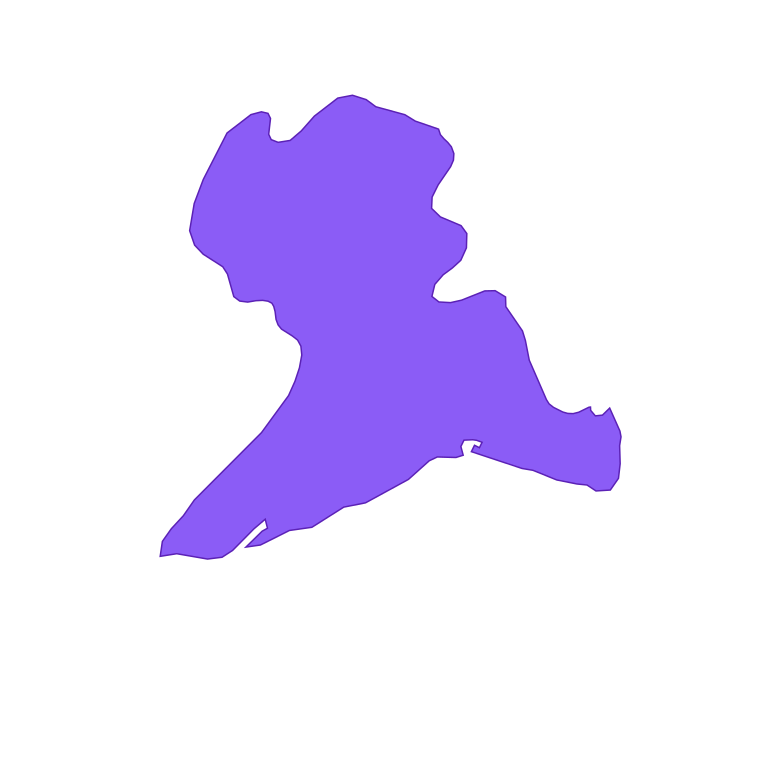 map outline of Nam Định (Natural Earth projection), rotated 26°
{"feature_id": "VNM-468", "entity_name": "Nam Định", "entity_type": "Province", "adm_level": 1, "iso_a3": "VNM", "parent_name": "Vietnam", "parent_adm1": "", "projection": "natural_earth1", "projection_center": [106.247, 20.228], "detail": "fine", "context": "isolated", "style": "filled", "palette": "violet", "viewbox_px": 768, "rotation_deg": 26, "n_neighbors": 0, "source": "natural_earth", "source_scale": "10m", "svg_char_len": 1754}
<svg xmlns="http://www.w3.org/2000/svg" viewBox="0 0 768 768"><g transform="rotate(26 384 384)"><path d="M579.7,314.2L581.3,317.1L587.9,320.0L594.0,316.2L597.4,306.7L616.7,322.9L620.2,327.6L622.8,336.1L631.2,352.1L636.1,366.0L633.9,380.1L621.4,387.2L610.7,385.8L601.2,389.3L581.4,394.5L555.6,396.3L545.1,399.4L492.2,406.5L492.2,399.4L497.7,399.4L497.7,393.4L491.9,394.0L488.2,395.2L480.5,399.4L480.5,406.5L486.4,413.3L480.9,418.5L463.9,426.2L458.3,433.2L447.8,459.0L419.5,498.9L401.8,512.3L382.0,544.4L363.2,557.1L343.5,582.9L331.4,591.1L339.0,569.7L342.5,564.7L336.5,557.6L330.6,571.2L320.9,599.9L314.4,610.7L302.1,618.7L272.1,627.4L258.4,637.0L253.8,622.6L256.3,607.3L261.4,590.4L264.4,571.3L295.2,481.4L303.3,436.2L302.8,420.6L300.9,406.5L297.4,394.0L292.7,386.4L287.1,382.4L280.5,381.0L267.8,379.6L262.9,377.3L258.7,373.3L254.4,366.7L250.9,362.6L247.8,360.5L243.5,360.4L238.3,362.0L232.3,365.3L225.6,370.1L218.0,372.7L210.7,371.3L195.1,353.8L187.7,349.3L164.6,346.6L152.9,342.2L142.1,331.4L134.3,305.0L131.9,279.3L132.9,227.2L146.3,200.2L154.5,193.1L161.1,191.6L165.6,195.1L170.9,210.1L175.5,213.8L182.9,213.2L192.9,206.2L198.7,192.8L204.0,173.7L217.1,147.3L229.1,138.3L243.3,136.2L255.1,138.4L284.7,132.8L296.9,134.0L321.3,131.0L325.4,135.2L330.3,137.3L335.4,138.9L340.6,141.3L345.8,146.3L348.3,152.4L348.6,159.4L345.4,181.2L345.3,194.9L349.8,205.3L361.4,209.1L383.9,207.9L392.5,212.5L398.4,225.5L398.8,239.1L394.6,249.7L389.3,259.9L386.0,272.2L388.7,284.3L397.4,286.2L408.1,281.7L416.9,274.7L433.7,256.2L443.0,251.4L455.1,252.5L459.6,261.1L485.2,275.6L492.0,282.9L504.1,298.9L536.9,326.9L541.1,329.5L546.6,330.7L557.0,330.8L562.0,329.9L567.0,327.7L571.4,324.0L578.4,315.0L579.7,314.2Z" fill="#8b5cf6" stroke="#5b21b6" stroke-width="1.5"/></g></svg>